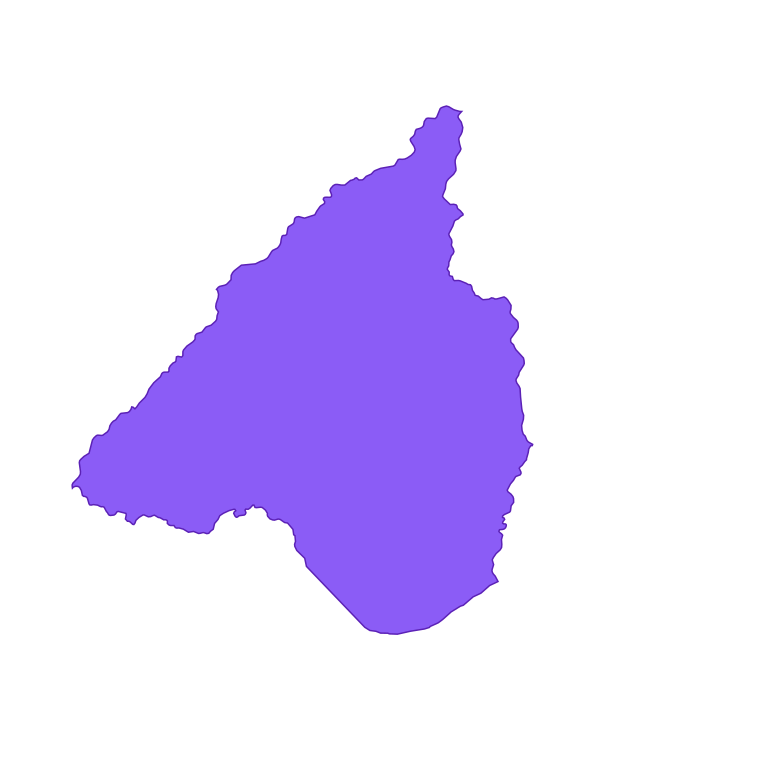 the district of San Martín Jilotepeque, Chimaltenango, Guatemala, rotated 305°
{"feature_id": "79465075B81292522353259", "entity_name": "San Martín Jilotepeque", "entity_type": "district", "adm_level": 2, "iso_a3": "GTM", "parent_name": "Guatemala", "parent_adm1": "Chimaltenango", "projection": "albers", "projection_center": [-90.767, 14.829], "detail": "fine", "context": "isolated", "style": "filled", "palette": "violet", "viewbox_px": 768, "rotation_deg": 305, "n_neighbors": 0, "source": "geoboundaries", "source_scale": "gbopen_adm2", "svg_char_len": 6171}
<svg xmlns="http://www.w3.org/2000/svg" viewBox="0 0 768 768"><g transform="rotate(305 384 384)"><path d="M403.7,544.2L404.5,543.6L410.5,541.5L413.9,539.8L417.5,539.6L418.6,540.8L419.8,540.4L419.3,535.5L419.8,533.4L422.3,529.6L422.8,526.8L425.2,523.7L429.0,520.5L435.1,518.4L438.5,516.3L440.9,512.9L442.8,511.0L451.6,503.4L458.3,498.1L459.6,496.0L461.0,492.2L462.6,490.1L463.9,489.4L468.4,489.2L471.2,488.0L479.7,487.6L481.3,487.1L483.6,485.2L485.3,483.3L487.7,472.5L488.8,470.1L490.4,467.7L490.9,464.4L491.5,463.4L493.7,461.8L505.8,462.0L507.7,461.3L510.8,458.9L511.7,457.7L512.3,456.1L512.8,451.7L514.2,447.1L515.2,446.0L518.1,445.0L521.3,443.0L523.8,437.1L524.3,434.9L524.2,432.4L518.4,427.6L517.2,426.0L517.1,424.6L516.2,422.6L513.7,421.4L509.8,416.7L509.7,414.6L510.1,410.8L508.9,407.8L510.3,405.7L511.4,402.8L514.3,399.7L514.9,397.9L513.7,395.6L513.7,393.8L512.2,387.2L511.5,385.6L509.0,382.3L509.3,380.8L511.3,378.3L510.4,376.1L510.8,374.7L513.1,373.2L514.2,370.1L515.4,369.5L517.8,369.3L521.2,367.2L523.7,366.8L527.5,365.6L530.2,365.9L532.5,365.4L534.3,363.4L535.7,360.4L536.6,359.4L539.1,358.3L541.0,356.5L542.6,352.8L544.0,351.0L552.9,349.8L557.8,348.3L559.5,348.7L561.9,350.1L565.0,350.6L567.8,351.8L568.6,351.2L569.7,347.2L569.9,343.9L570.5,342.8L571.6,341.8L572.1,340.3L571.2,338.0L569.0,335.3L570.2,327.3L571.1,324.5L572.6,323.8L579.1,322.3L583.2,320.0L585.8,319.1L589.1,319.2L595.7,320.7L600.0,320.5L601.6,319.5L606.4,315.1L608.3,313.9L611.9,312.8L618.5,312.7L620.7,312.2L623.9,308.3L627.3,304.9L628.8,304.2L632.9,303.9L635.5,303.3L639.3,301.4L642.8,297.1L644.3,292.9L645.1,291.5L646.4,290.9L647.8,290.8L651.8,291.3L650.7,289.6L649.1,285.1L648.7,283.5L648.3,278.1L647.5,275.7L644.9,273.6L643.0,272.4L641.8,272.1L632.9,274.1L630.8,273.7L627.0,267.5L625.7,266.4L622.2,266.4L618.5,268.1L616.6,268.1L614.4,267.1L611.1,264.4L609.2,264.6L606.1,265.9L603.8,265.9L600.3,265.0L599.1,265.4L598.1,266.9L595.8,272.5L593.8,275.1L591.3,275.8L587.1,275.2L582.5,273.4L580.2,272.0L578.6,270.2L577.0,267.7L576.0,266.9L569.6,267.4L567.9,266.7L558.7,257.5L553.6,254.2L552.4,253.7L548.7,253.2L543.9,250.3L539.9,249.7L538.7,249.1L536.7,246.4L537.2,243.3L536.1,242.3L534.7,242.1L532.6,240.8L531.6,239.8L524.5,237.8L522.6,235.2L520.6,231.1L519.4,229.6L517.4,228.6L513.7,228.2L511.6,228.7L509.5,231.8L508.7,232.7L507.6,233.3L506.3,233.1L503.6,229.2L502.8,228.3L501.6,227.9L500.3,228.5L499.4,230.8L497.7,231.7L493.6,230.0L492.3,229.8L487.0,229.8L482.9,230.3L474.3,223.8L472.2,218.1L470.6,216.5L469.3,216.0L467.9,216.1L465.1,217.5L463.6,217.7L462.6,217.5L458.1,215.6L456.5,215.8L450.8,218.5L449.2,218.0L447.9,216.2L446.6,215.7L443.8,216.7L440.5,218.4L438.6,218.9L435.9,219.0L434.1,218.7L429.6,216.2L428.0,216.0L421.5,216.4L419.6,216.1L416.4,214.6L413.6,212.5L408.7,209.8L399.5,199.0L390.9,196.4L388.5,196.1L385.4,196.5L381.6,198.9L376.4,198.1L375.1,197.8L373.5,196.8L369.7,193.4L368.2,192.8L365.4,192.5L365.2,194.0L362.6,197.0L359.7,198.6L353.6,200.4L350.9,201.8L349.4,203.3L348.1,207.0L344.2,208.1L341.0,209.9L338.8,210.0L333.1,208.7L329.2,205.9L328.1,205.4L322.0,205.1L318.1,202.0L316.9,201.6L315.1,201.7L312.4,203.5L311.4,203.6L308.7,203.2L302.0,200.8L296.8,200.3L295.2,200.7L291.8,203.0L290.0,202.8L288.5,199.4L287.2,198.4L283.4,200.4L282.2,200.3L280.1,199.1L276.4,198.5L273.6,198.8L271.1,200.5L269.9,200.3L267.5,197.0L266.5,196.3L265.2,196.0L261.7,196.7L253.0,194.7L245.1,194.4L240.1,195.6L235.9,195.9L228.1,194.5L223.3,194.6L220.8,194.2L221.1,191.9L220.6,190.5L217.9,191.3L215.3,191.2L213.5,190.4L209.1,185.4L207.6,185.0L200.7,184.8L198.3,183.6L195.7,183.2L192.6,183.4L189.2,184.8L186.3,184.9L180.7,183.0L179.9,182.2L177.9,178.8L176.8,178.0L173.6,177.3L170.9,177.3L158.1,182.1L152.7,179.8L148.7,178.9L146.6,178.7L144.8,179.5L138.2,185.6L135.9,187.0L132.6,187.3L124.3,186.0L122.5,186.4L121.3,187.3L120.0,188.5L121.5,188.7L123.5,190.2L124.6,192.2L124.7,193.9L123.2,197.1L119.8,200.8L119.7,202.4L120.4,203.6L120.7,205.5L120.2,206.7L116.7,211.0L116.2,212.2L116.8,213.5L118.5,215.1L120.5,218.9L120.9,221.7L121.3,222.9L122.3,224.1L122.5,225.5L120.3,229.8L120.0,231.3L119.3,232.6L118.9,234.1L119.4,235.3L121.8,238.0L123.4,238.6L126.2,238.6L127.2,239.4L130.0,246.8L129.0,247.9L125.1,249.6L124.4,252.5L125.2,253.8L125.4,255.1L124.9,258.6L125.4,259.7L127.1,259.8L130.0,259.0L134.1,259.8L138.5,261.7L139.2,262.7L140.0,267.1L141.6,269.0L143.9,270.3L144.9,271.3L145.2,275.6L146.0,277.3L146.4,281.5L147.4,282.8L147.8,284.0L147.6,285.1L145.5,286.5L145.2,289.0L145.8,290.6L147.6,293.1L146.7,295.4L147.0,296.7L148.5,298.7L150.0,302.9L150.4,308.8L154.0,312.6L155.2,317.8L156.1,318.9L158.3,320.8L158.9,321.6L159.8,324.7L161.2,326.1L163.7,326.3L167.1,327.4L172.6,325.2L177.8,325.7L182.0,325.0L186.0,326.6L191.4,329.7L195.3,332.9L195.8,333.8L195.1,335.3L193.2,334.7L191.8,335.1L190.3,337.8L190.1,339.4L191.0,340.3L192.6,340.7L193.4,341.3L196.5,344.7L197.6,345.1L199.3,344.8L201.0,342.5L202.2,342.5L203.5,344.6L205.4,345.4L209.5,346.0L210.2,346.9L208.9,349.1L209.5,350.4L212.3,353.6L213.0,355.0L212.7,359.2L211.2,362.7L209.8,363.5L208.9,364.6L208.1,367.9L208.8,370.8L209.7,372.4L212.5,374.6L213.1,375.5L213.5,376.7L213.5,382.0L214.8,384.8L212.7,392.8L208.7,396.5L208.7,398.0L204.3,401.8L201.4,402.7L199.8,404.1L197.6,408.1L195.8,419.0L190.1,425.1L173.7,507.8L174.0,513.8L176.8,519.2L178.0,524.1L182.0,530.0L182.4,531.7L186.8,538.5L196.7,547.5L206.6,557.7L210.6,560.8L211.9,560.9L219.5,565.4L224.6,567.1L235.8,569.7L245.8,574.0L248.3,575.9L260.8,579.1L268.3,583.4L279.5,586.1L287.6,590.7L290.4,585.3L291.1,582.4L291.9,580.8L292.9,579.6L294.2,578.9L298.9,577.4L301.5,574.1L302.4,573.4L305.1,573.1L309.5,573.1L314.8,574.3L317.5,574.1L320.2,572.5L324.0,569.4L328.2,567.9L328.7,566.2L328.8,563.6L329.2,562.6L330.9,562.2L333.0,564.7L334.4,565.7L336.0,566.0L338.0,565.5L339.0,564.6L338.9,563.4L338.1,562.4L338.0,561.0L339.3,560.4L342.3,560.5L343.1,559.2L342.7,557.6L343.9,556.9L346.0,557.4L351.1,560.4L352.5,560.4L357.2,558.0L361.4,558.1L364.4,555.9L365.7,554.2L366.6,551.2L366.8,547.4L367.7,545.8L374.6,544.9L379.4,545.3L382.8,545.0L383.9,545.1L387.8,547.7L389.4,547.5L390.4,546.7L392.5,543.1L393.6,543.0L396.8,543.8L401.1,543.8L403.7,544.2Z" fill="#8b5cf6" stroke="#5b21b6" stroke-width="1.5"/></g></svg>